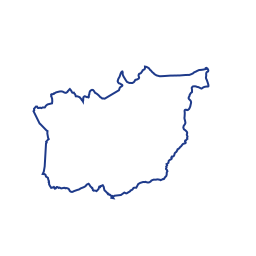 Amixtlán, Puebla, Mexico (Mercator projection), rotated 337°
{"feature_id": "50627088B86414439934091", "entity_name": "Amixtlán", "entity_type": "district", "adm_level": 2, "iso_a3": "MEX", "parent_name": "Mexico", "parent_adm1": "Puebla", "projection": "mercator", "projection_center": [-97.796, 20.056], "detail": "fine", "context": "isolated", "style": "outline", "palette": "blue", "viewbox_px": 256, "rotation_deg": 337, "n_neighbors": 0, "source": "geoboundaries", "source_scale": "gbopen_adm2", "svg_char_len": 5743}
<svg xmlns="http://www.w3.org/2000/svg" viewBox="0 0 256 256"><g transform="rotate(337 128 128)"><path d="M95.3,186.9L99.4,186.0L100.8,187.5L101.6,187.6L102.4,187.5L103.0,187.3L104.4,187.2L105.4,187.0L105.9,186.5L107.4,186.5L108.2,186.3L109.7,185.3L111.0,185.6L112.3,186.2L115.5,183.6L117.8,183.3L120.8,183.6L121.8,184.0L122.4,184.4L123.1,184.4L123.7,185.0L124.7,185.8L125.7,186.2L126.4,186.3L127.9,186.1L129.0,185.5L130.3,185.5L131.6,185.6L132.4,186.0L133.6,186.5L134.7,186.7L135.6,187.1L136.3,187.6L137.2,188.1L137.5,188.7L138.8,188.8L140.0,188.6L140.5,188.7L140.8,189.0L141.4,188.9L141.7,188.5L142.9,187.9L143.3,187.5L144.0,187.4L144.5,187.1L145.4,186.0L145.7,185.3L146.4,183.9L147.4,183.2L147.4,182.8L147.4,181.6L147.0,180.9L147.0,180.4L147.2,180.1L148.1,179.3L148.1,178.4L149.4,177.7L149.4,176.3L150.1,176.3L151.6,175.8L152.7,174.1L154.0,173.7L155.5,173.6L156.1,173.4L156.4,173.0L156.3,172.3L156.4,172.0L156.8,171.9L157.2,171.4L157.5,171.5L158.0,171.8L158.3,171.8L158.7,171.8L159.1,171.7L160.1,170.9L160.9,169.8L161.3,169.4L162.3,169.0L162.6,169.0L163.1,168.9L163.9,168.2L164.4,168.1L164.6,167.9L165.1,167.1L165.4,166.9L165.9,167.0L167.2,166.7L168.8,165.8L169.8,165.6L170.7,165.0L172.2,164.2L173.1,164.2L174.3,164.4L175.0,164.4L175.3,164.1L175.5,163.8L175.5,163.6L175.2,162.8L175.3,162.4L175.8,161.9L176.8,161.9L177.8,161.3L178.4,161.2L178.5,160.4L178.8,159.7L179.2,159.5L179.5,159.0L179.4,157.6L179.6,156.9L180.2,156.3L180.7,155.2L180.7,154.7L180.4,153.7L179.8,152.3L179.0,151.1L179.0,150.2L179.1,149.2L180.1,147.8L181.8,146.8L182.8,145.8L183.0,145.2L183.4,143.4L183.6,141.7L183.9,140.7L184.4,139.9L185.2,138.3L186.1,136.4L186.7,134.5L187.0,134.0L187.3,133.7L188.0,133.6L188.7,133.9L189.2,134.5L189.5,134.7L190.3,134.8L191.0,134.5L191.6,134.4L192.8,133.4L193.7,132.5L195.7,129.7L196.2,128.8L196.3,127.5L196.1,126.8L195.4,125.0L195.4,124.4L195.6,123.9L196.1,123.3L197.0,122.7L197.7,121.6L198.1,121.4L198.9,120.7L199.9,120.2L200.7,120.1L201.0,119.9L201.4,118.9L201.9,117.8L202.0,117.2L202.3,116.0L203.3,115.3L204.0,115.1L205.0,115.4L206.0,115.8L206.9,116.4L207.7,117.2L208.8,117.9L210.4,119.8L211.0,120.4L211.6,120.4L212.8,120.1L213.5,120.0L214.9,120.1L216.8,120.6L217.3,120.9L218.0,121.1L218.3,121.0L218.8,119.9L219.1,117.4L219.3,114.6L219.2,113.0L219.5,111.9L220.4,110.5L221.2,108.5L221.7,107.8L222.4,107.3L223.0,107.3L223.8,107.2L224.3,106.6L224.5,106.0L224.4,104.5L224.3,104.1L223.8,103.7L223.4,103.0L223.2,102.6L223.2,102.3L223.0,104.2L221.1,103.8L220.3,103.7L217.7,103.0L216.4,102.5L216.0,102.4L213.2,102.5L212.9,102.6L211.5,102.6L210.6,102.6L209.2,103.1L207.6,103.2L205.2,103.1L201.7,101.7L196.3,99.9L187.1,96.2L181.0,94.1L177.5,92.8L174.8,90.7L173.3,88.6L173.0,87.5L172.4,86.6L171.9,85.3L171.6,84.1L171.0,83.1L170.6,81.2L169.9,80.2L169.0,79.1L168.4,78.6L167.6,78.1L167.1,79.4L166.2,80.4L164.0,80.6L163.5,81.2L161.3,82.5L160.7,82.6L160.2,82.5L159.4,82.5L158.5,83.3L158.2,83.8L157.9,86.0L157.5,86.4L157.2,86.7L154.8,86.9L154.4,86.6L153.9,86.6L153.0,86.8L152.4,87.5L151.2,88.1L149.6,88.3L146.8,87.0L145.1,85.2L144.7,83.5L144.0,78.7L144.0,77.0L144.2,76.1L144.6,75.2L144.9,74.6L144.9,73.8L144.3,73.7L143.4,74.2L142.6,74.9L140.3,77.5L138.4,78.9L136.8,80.8L136.7,82.0L137.1,83.3L138.0,84.0L138.5,84.8L139.0,85.3L139.5,86.1L139.5,86.5L139.2,86.9L138.3,87.2L137.9,87.2L136.6,87.5L135.6,88.2L135.4,88.7L134.4,89.7L118.0,91.9L116.9,91.2L116.2,91.0L115.7,90.7L115.4,89.8L114.6,88.9L113.9,86.8L113.0,84.9L112.1,83.5L111.4,82.7L111.2,81.0L110.7,79.5L110.6,79.3L109.7,78.8L108.9,78.8L107.6,79.2L106.7,80.0L106.0,81.0L105.4,82.1L104.8,82.4L104.1,84.1L103.9,84.3L103.7,84.4L103.4,83.8L102.9,83.7L102.4,83.7L102.1,83.4L100.8,82.0L100.4,81.8L99.3,82.1L98.8,82.5L98.1,83.8L97.7,84.8L97.1,85.6L96.9,86.0L96.8,85.2L96.4,84.4L96.3,83.3L96.1,82.6L95.7,81.6L95.7,81.1L95.3,80.5L94.7,80.0L94.0,79.2L92.3,78.4L92.5,76.9L92.4,75.9L92.0,75.2L92.0,74.3L90.6,73.8L90.3,72.5L90.3,71.4L89.7,69.4L89.1,69.6L87.6,70.4L87.1,70.5L86.2,71.2L85.7,71.2L85.0,71.4L84.4,71.3L83.4,70.6L82.1,69.0L81.1,68.3L79.5,67.7L75.7,67.1L74.4,67.3L73.4,67.2L73.2,67.6L72.9,67.6L72.4,67.4L71.9,67.5L70.8,67.0L70.3,67.2L70.2,68.0L69.7,68.5L69.8,68.8L69.6,71.4L68.7,73.9L67.7,75.6L63.5,74.9L62.5,75.0L61.0,75.5L59.8,76.4L59.4,76.6L58.7,76.3L57.7,75.8L57.2,75.7L56.2,75.9L55.7,75.6L55.0,74.9L54.4,74.9L53.5,74.7L52.9,74.4L52.8,74.2L52.7,72.8L51.7,72.3L49.0,73.6L48.6,75.1L47.6,75.6L48.4,89.5L48.7,89.8L52.1,98.6L52.7,99.3L51.6,101.5L50.6,105.9L50.7,107.2L49.9,107.4L48.3,108.2L47.3,108.6L47.4,109.7L46.6,110.0L36.3,130.8L33.4,135.3L31.5,137.0L32.0,137.3L33.2,137.8L33.8,139.1L33.5,140.6L34.8,142.5L34.4,144.7L34.5,145.7L34.2,146.8L33.8,146.9L33.9,147.7L33.4,148.9L33.4,149.6L33.6,151.6L33.9,152.3L33.9,153.1L35.2,153.3L36.1,153.3L36.6,153.5L36.8,153.4L37.1,154.0L36.7,154.4L37.0,155.2L37.4,155.0L37.7,155.2L37.9,155.0L38.6,155.1L39.3,154.5L39.7,154.6L40.4,155.3L40.8,156.1L41.7,156.1L42.9,157.5L45.9,158.1L46.4,158.4L46.4,158.6L46.9,159.1L47.4,159.1L48.0,159.3L48.6,159.8L49.5,160.7L49.7,161.3L49.8,163.1L50.0,163.5L50.3,164.1L50.9,164.6L51.5,165.0L52.4,165.1L53.6,165.0L57.1,165.2L58.4,165.4L59.5,165.4L60.6,165.1L64.3,165.2L65.8,165.0L66.5,164.8L67.8,164.0L69.9,163.9L70.2,164.5L70.6,167.1L71.0,168.0L71.3,168.4L71.3,169.1L71.7,169.3L71.6,170.8L71.4,171.3L71.4,171.5L71.6,171.7L71.7,171.9L71.0,172.1L72.0,172.2L72.6,172.4L74.1,173.4L74.4,173.8L77.0,172.7L78.5,170.9L79.1,171.3L79.3,171.5L79.8,171.0L79.9,170.7L80.2,170.7L80.8,170.9L80.9,171.0L81.5,170.8L82.4,170.8L82.6,172.2L82.6,173.0L82.2,174.6L82.2,175.1L82.0,176.2L82.7,177.6L83.5,179.8L83.6,180.4L83.9,180.2L84.4,181.0L84.4,181.3L84.3,181.7L85.0,182.2L84.9,182.3L85.5,183.0L85.8,183.7L86.7,184.1L86.9,184.3L85.8,185.3L85.4,185.8L87.1,186.9L86.9,185.5L89.2,185.1L95.3,186.9Z" fill="none" stroke="#1e3a8a" stroke-width="2"/></g></svg>